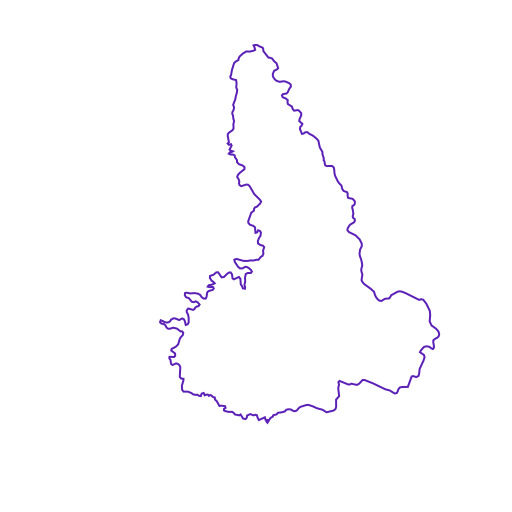 Olhos-d'Água, Minas Gerais, Brazil (Robinson projection), rotated 152°
{"feature_id": "56859067B66105634364184", "entity_name": "Olhos-d'Água", "entity_type": "district", "adm_level": 2, "iso_a3": "BRA", "parent_name": "Brazil", "parent_adm1": "Minas Gerais", "projection": "robinson", "projection_center": [-43.585, -17.548], "detail": "fine", "context": "isolated", "style": "outline", "palette": "violet", "viewbox_px": 512, "rotation_deg": 152, "n_neighbors": 0, "source": "geoboundaries", "source_scale": "gbopen_adm2", "svg_char_len": 6116}
<svg xmlns="http://www.w3.org/2000/svg" viewBox="0 0 512 512"><g transform="rotate(152 256 256)"><path d="M159.3,443.1L159.4,440.6L160.0,438.4L161.6,438.4L165.3,439.3L168.6,441.2L172.7,440.9L176.9,439.8L178.6,438.6L179.5,437.3L182.8,437.2L184.9,436.5L190.2,431.2L193.1,427.4L194.5,426.5L194.9,424.8L193.8,423.2L191.0,420.7L192.0,417.7L194.4,414.0L194.5,411.7L195.9,409.6L199.3,406.0L200.5,404.3L205.2,400.2L205.6,397.5L207.3,395.4L209.3,394.1L210.2,392.7L210.4,390.7L211.7,387.4L211.9,385.6L214.2,382.8L215.9,379.2L217.6,378.1L222.0,377.6L223.7,376.9L224.7,375.0L226.5,369.1L228.2,368.6L227.7,366.8L225.6,366.5L225.7,364.9L229.4,362.4L228.9,360.9L227.3,359.3L229.0,359.2L230.4,359.8L232.0,359.1L230.7,357.4L228.7,356.4L227.6,354.8L228.2,353.1L227.8,349.5L228.7,347.8L228.0,345.1L225.4,342.3L224.4,339.9L225.4,338.1L231.4,337.0L234.2,335.9L235.5,334.6L235.3,331.8L235.8,329.5L237.0,328.0L237.2,326.3L236.3,324.6L230.9,323.6L229.5,322.6L228.8,320.5L228.5,311.5L226.2,304.1L225.9,301.7L227.7,300.4L232.2,299.1L234.0,299.4L235.4,298.7L236.6,297.0L239.9,296.4L246.7,290.2L247.2,288.4L246.6,286.4L244.2,283.8L243.4,281.8L245.6,276.7L243.9,276.3L242.1,277.7L240.8,276.4L240.6,274.5L242.4,271.9L245.1,270.3L247.4,268.3L248.3,266.1L247.0,263.6L245.1,262.0L244.6,260.0L247.4,257.2L248.3,254.7L250.1,253.1L252.0,253.0L255.6,251.5L257.2,252.4L260.6,253.3L263.3,254.9L265.4,255.4L269.4,257.6L274.6,262.6L276.9,262.9L277.5,260.6L276.9,254.9L275.9,252.5L273.8,251.4L270.5,251.5L269.3,250.6L268.1,248.9L267.1,246.3L266.9,244.2L268.4,243.4L271.4,244.9L273.5,244.9L276.0,241.8L277.7,238.2L279.2,236.7L280.0,235.3L280.2,233.6L281.1,232.3L282.8,233.6L282.5,236.0L282.8,238.0L280.5,243.1L280.9,245.5L286.5,245.8L287.2,247.2L285.8,251.2L286.1,253.4L287.8,254.1L289.9,253.8L294.2,252.5L296.4,253.3L297.1,259.4L298.7,260.2L302.5,259.4L305.9,260.0L307.0,258.4L306.8,255.1L305.8,253.2L305.3,251.3L308.4,251.4L311.5,252.4L313.0,251.6L311.6,250.3L308.6,248.9L308.5,247.2L310.1,246.4L314.4,247.3L316.1,246.8L318.9,243.1L320.4,242.0L322.3,243.1L323.3,245.3L323.6,247.9L324.9,250.0L327.9,252.2L331.6,253.8L334.7,256.3L336.0,256.6L337.2,254.9L337.2,252.5L335.1,250.4L334.2,245.8L332.6,244.4L330.5,244.3L329.2,242.3L328.6,239.6L330.3,238.7L332.0,239.2L333.7,239.0L335.3,238.0L336.7,237.9L340.6,241.5L342.9,240.3L343.6,238.5L343.4,236.6L344.4,233.2L346.6,229.0L348.3,227.8L350.4,228.1L349.4,232.0L349.4,234.2L350.5,235.5L353.9,235.5L356.8,239.0L358.4,239.7L360.8,239.7L362.5,238.7L364.0,238.5L365.9,239.0L367.7,240.5L368.8,242.3L370.3,244.0L371.8,242.6L371.3,240.8L369.5,239.4L368.5,237.3L368.6,234.8L367.7,233.0L366.1,232.2L362.8,231.6L359.8,228.9L358.1,224.9L356.5,224.0L356.3,222.3L357.7,220.6L361.0,219.4L362.3,218.5L366.2,214.5L369.6,213.5L374.0,213.6L375.2,212.4L373.2,207.9L374.3,205.7L375.8,205.3L379.7,207.6L380.6,206.3L380.3,204.3L381.2,202.0L381.6,200.2L380.8,198.9L377.0,198.7L375.6,197.3L374.9,195.6L375.0,193.4L380.1,185.0L379.6,182.9L377.7,181.6L378.5,180.2L382.4,176.2L384.0,172.6L383.7,170.3L379.8,168.2L377.4,165.4L376.5,163.4L374.8,161.9L373.0,161.1L372.0,159.4L370.5,158.2L368.6,160.0L366.5,159.6L366.7,157.1L365.0,156.9L363.6,156.3L363.2,154.6L361.8,154.8L360.7,153.5L360.2,151.6L358.8,150.4L359.6,148.5L358.8,146.4L358.7,140.7L357.1,140.3L353.8,137.9L354.2,136.2L355.9,136.1L356.8,134.8L356.0,133.5L353.2,131.1L350.2,129.6L349.3,127.8L349.0,126.0L345.7,123.2L344.0,123.3L343.7,118.5L341.7,116.9L340.0,117.6L338.8,119.3L335.3,119.1L332.9,116.4L331.1,116.1L330.0,115.1L330.5,112.3L330.5,109.8L323.9,109.4L324.5,107.0L323.2,106.0L324.5,105.1L324.2,103.4L319.3,106.2L316.6,106.3L315.5,107.3L312.2,106.5L310.3,107.3L307.0,106.0L303.4,105.2L301.7,106.0L299.6,105.6L297.2,104.1L296.2,102.2L294.8,100.8L292.8,100.4L289.0,101.8L287.3,101.9L281.6,100.8L279.7,100.0L276.6,96.8L273.7,93.0L269.5,89.1L267.1,84.9L260.0,83.1L257.8,83.5L256.1,85.1L252.7,91.6L248.4,93.2L245.4,100.8L243.0,103.6L242.5,105.9L240.9,106.5L234.9,99.3L233.7,98.6L231.8,98.5L227.4,94.8L224.9,94.8L220.1,96.5L218.4,95.6L212.4,88.5L204.4,77.6L201.1,74.6L198.1,69.5L196.1,68.9L194.5,69.9L193.0,71.4L190.7,72.4L188.2,71.6L183.4,69.1L175.2,76.5L173.6,76.2L171.3,73.8L168.9,73.8L167.5,75.1L164.5,79.5L157.1,85.1L154.6,87.6L154.2,89.8L156.4,94.1L155.2,95.0L150.7,96.8L149.0,96.6L147.1,95.8L145.5,94.3L144.5,92.1L143.5,90.8L142.1,91.4L141.2,92.9L139.9,96.8L139.0,98.3L136.8,98.8L133.8,98.8L132.4,99.4L131.1,100.7L130.4,103.0L130.7,105.6L131.3,107.6L133.6,112.2L133.4,116.7L130.0,121.9L128.3,126.0L128.0,133.7L128.8,138.7L130.4,140.3L132.6,140.7L141.2,152.8L143.8,155.9L145.7,157.4L147.7,158.0L154.9,157.9L158.2,156.0L162.3,157.7L166.2,157.4L167.8,158.4L168.8,160.3L169.3,163.1L169.3,165.5L168.6,168.9L170.0,173.0L173.7,180.6L174.2,182.8L174.2,185.1L170.8,189.7L170.0,193.5L169.1,195.1L166.7,197.7L165.8,199.9L164.8,203.5L164.2,207.6L163.4,209.6L161.2,212.7L158.0,215.0L156.8,217.3L156.7,222.0L158.4,227.5L162.7,233.5L163.2,235.8L162.3,237.2L159.4,239.0L158.0,239.5L153.7,239.7L152.4,240.4L151.5,242.1L152.4,244.5L151.8,245.9L150.2,247.6L148.7,251.8L148.5,253.3L147.4,254.9L145.2,255.0L144.0,256.1L143.1,257.8L143.6,260.4L144.4,261.7L145.7,262.5L147.4,264.2L146.7,266.5L145.7,268.1L145.7,269.7L148.1,272.3L148.4,274.5L147.5,278.0L148.5,281.5L148.7,283.8L148.5,289.6L147.9,292.1L146.2,296.0L145.8,297.8L146.6,299.8L151.3,302.2L152.3,303.5L151.9,305.4L151.1,307.2L151.3,308.9L150.3,310.4L149.5,314.7L148.5,316.7L148.7,321.9L146.8,328.5L147.5,331.4L148.4,333.6L149.3,335.6L151.7,339.1L152.4,341.1L154.3,342.1L156.2,341.8L158.1,342.2L157.6,347.5L156.3,349.2L154.6,349.7L153.0,350.9L154.5,354.8L153.2,356.5L150.0,359.0L149.0,360.9L149.8,364.1L150.7,365.3L154.1,366.4L154.6,368.7L154.1,371.0L156.5,375.2L156.1,376.8L154.8,378.7L155.9,381.3L157.9,383.6L157.7,385.7L156.1,386.3L152.7,385.1L151.1,385.7L148.0,388.1L145.7,389.1L144.9,391.0L145.4,392.7L147.7,395.8L149.3,397.2L153.4,398.7L155.7,401.2L156.4,403.0L156.7,404.7L156.7,406.7L155.8,408.7L153.1,411.0L150.0,410.9L148.3,411.4L147.4,416.4L148.7,420.0L149.0,422.7L150.6,424.5L151.9,425.4L153.3,433.5L152.5,435.2L152.3,436.8L154.7,439.7L155.8,441.6L157.8,442.8L159.3,443.1Z" fill="none" stroke="#5b21b6" stroke-width="2"/></g></svg>